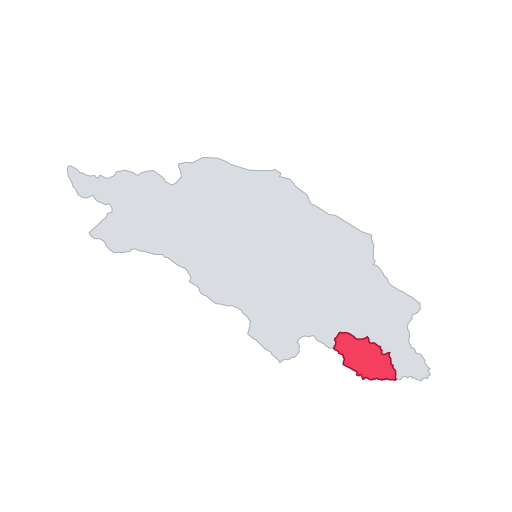 where Uvs sits in Mongolia, rotated 205°
{"feature_id": "MNG-3322", "entity_name": "Uvs", "entity_type": "Province", "adm_level": 1, "iso_a3": "MNG", "parent_name": "Mongolia", "parent_adm1": "", "projection": "natural_earth1", "projection_center": [92.636, 49.633], "detail": "fine", "context": "in_parent", "style": "filled", "palette": "rose", "viewbox_px": 512, "rotation_deg": 205, "n_neighbors": 0, "source": "natural_earth", "source_scale": "10m", "svg_char_len": 7078}
<svg xmlns="http://www.w3.org/2000/svg" viewBox="0 0 512 512"><g transform="rotate(205 256 256)"><path d="M48.8,217.3L50.4,217.3L52.7,215.8L53.0,213.7L53.8,212.6L59.4,212.0L61.9,212.6L62.4,211.4L62.8,211.2L64.2,212.3L65.5,211.8L66.4,211.3L67.2,209.7L69.2,210.0L72.5,208.3L72.4,205.2L73.7,204.5L76.7,203.9L77.0,202.5L77.7,202.1L79.9,201.8L83.6,200.2L85.3,200.0L86.7,198.7L90.0,196.9L95.0,196.1L95.4,195.2L100.0,192.4L104.9,192.3L106.2,189.9L107.0,189.6L110.4,192.5L111.8,192.1L112.4,191.0L114.4,191.0L115.3,193.0L116.5,193.8L131.0,194.6L131.5,195.3L132.4,200.1L135.1,202.2L135.7,203.3L139.7,202.9L142.1,204.7L145.6,204.6L147.3,205.1L150.7,203.5L151.5,203.5L152.6,204.3L154.2,203.7L157.4,205.3L159.8,205.0L161.0,205.6L162.5,205.1L166.0,205.6L168.9,208.0L170.8,207.9L173.1,206.2L173.7,205.1L177.0,204.5L178.9,203.4L180.1,202.4L181.9,198.7L182.2,195.0L180.5,194.4L179.0,193.2L178.1,191.2L177.9,189.8L176.2,187.7L176.3,186.6L177.2,184.8L177.6,181.8L178.7,180.1L181.0,179.2L181.2,178.1L182.6,175.8L186.2,174.5L188.1,172.0L189.2,169.4L191.0,170.7L195.8,172.5L199.7,173.3L202.3,175.2L209.2,175.7L220.9,180.1L223.3,179.9L230.2,181.7L230.8,182.3L230.9,185.7L231.5,186.6L231.9,190.2L233.3,192.0L233.0,194.2L233.7,194.8L235.4,195.1L238.2,197.4L244.3,198.9L246.2,200.4L250.5,201.4L252.6,200.8L256.1,201.2L257.4,200.9L259.5,199.2L260.9,198.7L268.8,197.3L270.9,196.2L272.4,196.0L278.7,197.1L283.2,198.7L289.4,198.6L292.5,200.5L293.9,202.3L296.4,203.8L305.2,204.5L305.6,204.9L305.7,208.7L306.2,209.3L312.1,213.5L314.8,214.7L322.8,214.5L335.3,217.2L338.2,216.4L340.9,217.7L341.9,217.6L349.6,214.2L350.8,214.4L359.0,213.0L364.1,211.3L368.1,211.4L371.2,209.9L372.3,207.0L377.2,203.5L385.9,199.2L391.7,199.9L395.1,201.4L398.9,204.5L401.0,205.3L404.7,205.6L409.8,203.5L412.6,204.0L415.2,205.0L417.1,206.5L410.5,222.6L410.5,223.5L408.2,226.9L408.3,232.3L405.2,234.2L405.9,237.3L406.8,238.4L410.7,241.5L411.9,241.1L412.8,239.8L414.7,238.7L418.4,239.0L421.6,238.5L425.6,239.5L429.5,242.1L434.3,236.6L439.1,235.9L443.7,236.6L447.5,240.3L451.9,242.0L453.2,244.2L454.9,245.0L455.5,246.0L461.0,250.3L462.3,253.1L464.0,255.1L464.2,257.2L463.9,258.2L462.0,259.3L454.8,258.8L450.5,256.8L449.0,257.9L443.6,257.5L440.6,258.3L438.6,259.1L437.5,260.4L436.6,260.7L435.7,260.7L434.0,259.6L432.5,259.6L432.2,259.9L431.6,263.3L427.0,263.3L425.4,262.9L421.7,264.5L421.2,265.8L419.3,267.7L417.8,271.2L418.3,272.7L417.8,273.6L414.6,275.5L411.5,278.3L404.9,279.4L401.7,279.6L399.3,278.9L397.0,279.4L395.4,282.5L391.3,286.3L385.2,290.1L373.5,287.8L372.0,287.2L369.4,284.9L362.6,284.8L360.8,286.4L359.3,288.7L357.0,296.4L360.0,300.7L363.3,303.6L364.7,305.6L364.8,307.3L362.7,308.1L360.0,310.9L353.1,313.5L345.7,322.9L332.0,328.5L323.4,328.9L316.5,328.4L298.1,331.0L286.3,336.0L277.6,340.2L275.8,342.3L274.9,342.6L273.2,341.8L268.4,341.6L268.2,337.9L257.9,340.0L249.2,335.8L236.9,333.2L234.5,332.2L230.1,327.5L227.9,326.8L222.6,326.6L207.9,324.5L201.1,326.4L171.0,322.7L160.2,323.8L159.7,323.4L159.0,320.3L153.8,315.7L153.1,314.5L152.9,312.7L148.6,303.2L145.9,301.8L146.2,297.9L142.3,298.2L137.8,296.6L133.2,293.8L131.0,291.8L127.9,291.3L123.9,287.5L122.1,286.8L112.5,285.3L107.8,285.7L102.6,284.7L96.8,284.6L94.9,283.8L93.2,283.9L89.8,282.3L87.5,282.6L84.8,277.2L85.4,273.8L86.6,271.7L89.3,268.7L89.2,267.6L88.1,264.8L89.7,260.0L89.1,256.9L87.7,253.5L85.7,252.7L82.9,248.1L82.0,244.5L80.8,242.0L77.9,240.5L76.9,238.4L76.0,238.2L75.4,238.9L73.7,239.2L71.9,237.8L70.9,236.3L69.9,235.9L68.0,235.9L66.2,236.7L64.3,236.3L62.7,234.9L58.3,232.7L58.2,231.1L57.6,230.0L56.3,229.7L55.0,228.6L50.7,227.3L50.7,226.5L51.8,224.8L48.9,223.4L47.8,221.9L49.5,220.0L48.8,218.7L48.8,217.3Z" fill="#d9dde1" stroke="#a8b0b8" stroke-width="1"/><path d="M107.1,189.6L107.4,189.6L107.5,189.8L107.8,190.5L108.1,190.9L108.5,191.1L109.0,191.3L109.5,191.6L110.2,192.5L110.7,192.7L111.0,192.7L111.3,192.6L111.6,192.4L111.8,192.2L111.9,191.9L112.0,191.4L112.1,191.1L112.6,190.9L113.4,190.7L114.2,190.8L114.7,191.0L114.8,191.6L114.8,192.4L115.1,193.0L115.2,193.3L115.3,193.5L115.7,193.8L116.5,193.9L116.9,193.9L117.5,193.9L120.5,193.8L122.0,194.2L126.4,194.3L130.9,194.5L131.1,194.6L131.3,194.8L131.4,195.1L131.4,195.7L131.9,196.7L132.0,197.1L132.1,198.8L132.3,199.6L132.4,200.0L132.6,200.4L132.9,200.6L133.9,201.0L134.2,201.2L134.2,201.4L134.3,201.6L134.4,201.9L134.5,202.1L135.1,202.5L135.4,203.2L135.6,203.3L135.9,203.4L136.2,203.4L137.4,203.0L139.6,202.9L140.0,203.0L140.4,203.3L140.7,203.8L140.9,204.2L141.0,204.3L141.6,204.5L145.2,204.5L145.7,204.7L146.3,205.1L146.5,205.2L146.7,205.4L146.5,205.7L146.6,206.2L146.7,206.9L146.9,207.8L146.8,208.0L146.6,208.8L146.4,209.2L146.5,209.6L146.6,210.1L146.9,210.7L147.1,211.1L147.3,211.7L147.4,211.9L147.6,212.2L147.9,212.4L148.8,212.8L149.1,213.0L149.3,213.3L149.5,213.6L149.6,214.1L149.5,214.9L148.4,216.8L148.3,217.3L148.4,217.8L148.5,218.3L148.5,218.7L148.5,219.1L148.3,219.5L148.2,219.8L148.1,220.2L148.2,220.7L148.2,220.9L148.0,221.5L147.5,222.3L147.1,222.5L146.1,222.5L145.5,222.6L144.5,223.3L143.6,223.8L142.1,224.5L140.4,224.9L138.2,225.1L137.0,225.0L137.0,224.9L136.4,224.6L136.0,224.5L134.5,224.6L133.9,224.5L130.2,223.2L129.7,223.2L124.4,225.6L124.1,225.9L123.5,226.7L123.0,227.1L122.5,227.4L121.8,228.1L121.1,229.8L119.9,229.3L119.6,229.1L118.8,228.3L118.5,228.2L118.4,228.1L118.3,227.9L118.2,227.7L118.1,227.3L118.1,226.8L118.0,226.7L117.9,226.5L117.7,226.2L116.6,225.8L116.5,225.6L116.4,225.6L116.2,225.5L115.5,225.4L115.1,225.4L114.6,225.6L114.0,226.0L113.5,226.5L112.9,227.0L112.2,227.2L110.8,226.9L106.1,225.9L105.9,226.0L105.4,226.4L105.1,226.4L104.8,226.2L104.5,225.8L104.1,224.7L103.8,224.2L103.5,223.9L103.1,223.9L102.9,223.9L102.6,224.0L102.4,224.0L102.1,223.9L101.2,221.0L101.1,220.8L100.9,220.6L100.6,220.4L100.1,220.3L99.6,220.4L99.1,220.6L97.8,221.2L97.4,221.6L96.6,222.7L95.3,224.1L94.6,224.7L94.0,224.9L94.0,224.5L94.1,224.1L94.0,223.9L93.5,222.4L93.4,222.0L93.3,221.9L93.2,221.8L92.8,221.5L92.5,221.0L92.4,220.9L92.1,220.8L91.2,220.5L90.9,220.3L90.7,220.2L89.9,218.7L89.6,218.0L89.5,217.9L89.4,217.8L88.6,216.7L88.4,216.4L88.5,216.2L88.5,215.9L88.5,215.4L88.4,215.2L88.2,215.0L87.9,215.0L86.7,214.9L85.9,214.8L85.6,214.7L85.3,214.2L85.2,214.0L85.2,213.9L85.2,213.7L85.1,213.3L85.0,213.0L83.6,212.1L81.3,211.1L80.9,210.8L80.8,210.7L80.7,210.6L80.6,210.4L80.6,210.2L80.4,209.9L80.2,209.0L80.0,208.7L79.1,207.5L79.1,207.4L79.0,207.2L79.0,206.7L78.9,206.1L78.5,205.1L78.2,204.4L78.1,204.2L77.9,204.1L77.2,203.7L76.9,203.6L77.0,203.3L77.0,202.8L77.2,202.5L77.6,202.3L79.3,202.0L79.8,201.8L81.4,200.8L81.6,200.7L82.2,200.7L82.4,200.6L83.1,200.2L83.6,200.1L84.7,200.3L85.3,200.3L85.5,200.2L85.9,200.0L86.1,199.8L86.1,199.6L86.2,199.1L86.3,198.9L86.7,198.7L87.7,198.4L88.2,198.1L89.1,197.2L89.4,196.9L89.9,196.7L91.4,196.7L91.8,196.6L93.1,196.1L93.5,196.1L94.6,196.3L95.0,196.2L95.3,195.9L95.4,195.6L95.5,195.2L95.8,195.0L97.1,194.5L97.4,194.2L98.1,193.3L98.4,193.0L99.3,192.5L100.2,192.3L101.2,192.2L103.3,192.5L104.5,192.5L105.6,192.0L106.2,190.8L106.2,190.5L106.2,190.2L106.3,190.0L106.5,189.8L106.7,189.6L107.1,189.6Z" fill="#f43f5e" stroke="#9f1239" stroke-width="1.5"/></g></svg>